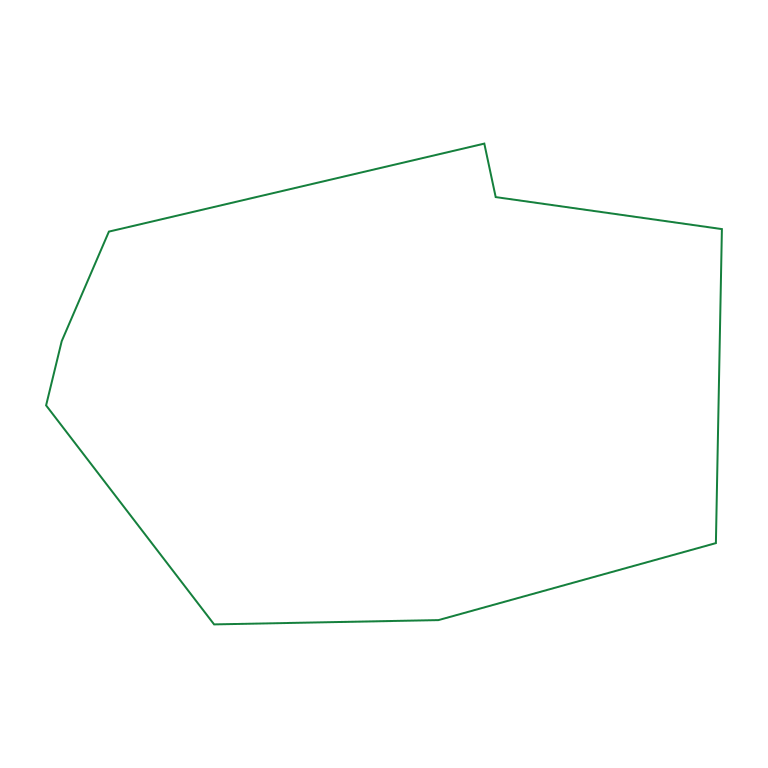 outline of Fairfax, Virginia, United States of America
{"feature_id": "52423323B75618764282830", "entity_name": "Fairfax", "entity_type": "district", "adm_level": 2, "iso_a3": "USA", "parent_name": "United States of America", "parent_adm1": "Virginia", "projection": "natural_earth1", "projection_center": [-77.307, 38.853], "detail": "fine", "context": "isolated", "style": "outline", "palette": "green", "viewbox_px": 768, "rotation_deg": 0, "n_neighbors": 0, "source": "geoboundaries", "source_scale": "gbopen_adm2", "svg_char_len": 244}
<svg xmlns="http://www.w3.org/2000/svg" viewBox="0 0 768 768"><path d="M61.7,341.2L46.1,405.4L214.1,624.4L438.4,620.1L715.9,543.1L721.9,229.1L495.7,197.1L484.3,143.6L108.9,231.6L61.7,341.2Z" fill="none" stroke="#15803d" stroke-width="2"/></svg>